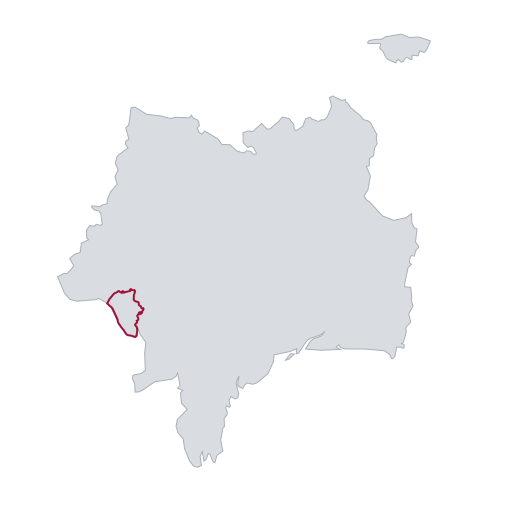 location of Seine-Maritime within France, rotated 263°
{"feature_id": "FRA-5343", "entity_name": "Seine-Maritime", "entity_type": "Metropolitan department", "adm_level": 1, "iso_a3": "FRA", "parent_name": "France", "parent_adm1": "", "projection": "mercator", "projection_center": [1.134, 49.661], "detail": "fine", "context": "in_parent", "style": "outline", "palette": "rose", "viewbox_px": 512, "rotation_deg": 263, "n_neighbors": 0, "source": "natural_earth", "source_scale": "10m", "svg_char_len": 5262}
<svg xmlns="http://www.w3.org/2000/svg" viewBox="0 0 512 512"><g transform="rotate(263 256 256)"><path d="M403.7,208.9L400.3,210.8L398.2,214.6L396.0,215.5L392.1,215.6L390.2,213.2L385.4,214.7L383.5,217.2L386.3,220.2L376.9,232.5L370.9,235.7L369.6,243.7L362.6,249.7L359.9,255.9L359.7,257.2L361.5,259.2L360.7,263.3L357.2,265.9L357.2,268.5L358.2,268.9L363.7,266.8L365.7,264.4L364.7,261.1L370.2,257.1L380.0,258.1L381.1,263.5L379.9,268.0L386.9,277.7L380.8,282.2L380.4,285.2L386.7,294.9L390.7,299.0L388.5,305.4L381.9,309.6L377.6,309.3L375.8,310.3L376.0,312.3L378.9,318.2L386.1,322.0L387.2,326.4L385.2,327.9L381.9,334.6L383.3,337.8L382.8,339.3L383.5,341.5L385.4,343.7L395.3,349.3L404.3,348.2L405.5,351.5L400.0,360.0L400.3,363.9L397.5,363.9L397.0,365.3L391.5,368.1L382.5,376.7L378.3,379.2L376.6,383.6L374.2,386.0L361.3,390.9L358.9,389.8L352.6,389.9L348.7,386.8L341.2,384.9L338.8,380.4L331.8,379.5L331.4,376.5L321.6,379.3L307.8,375.1L302.9,370.7L298.9,371.9L295.3,375.8L280.5,386.2L274.6,397.0L275.7,409.5L279.1,415.6L270.1,414.7L264.7,416.5L263.3,419.1L250.5,416.0L245.8,418.6L244.5,418.4L242.8,415.8L236.5,412.9L237.5,410.8L236.6,409.0L230.7,407.5L228.7,409.3L226.4,405.7L209.9,400.0L207.2,400.1L206.1,405.7L195.5,405.6L194.0,404.6L187.1,405.7L179.8,400.5L171.7,401.5L166.7,396.1L161.8,395.7L155.0,392.9L151.9,391.4L151.5,389.8L149.5,392.3L146.9,391.7L146.4,391.0L148.0,388.0L148.3,384.4L139.8,381.8L137.5,379.3L137.5,377.9L142.1,376.7L146.3,371.8L150.2,353.9L153.0,332.6L155.1,328.6L157.8,327.4L155.6,324.5L153.0,328.4L154.6,308.6L157.7,293.7L164.9,299.8L166.6,302.4L168.7,311.3L172.7,315.0L170.1,311.4L167.5,299.6L165.9,296.3L154.4,286.3L154.0,284.0L159.1,285.2L157.0,277.7L155.8,262.0L148.9,260.4L137.7,253.6L130.0,241.4L129.1,236.9L131.1,232.0L129.4,229.0L126.1,226.8L128.6,222.7L130.9,222.2L139.0,224.6L132.4,220.7L121.7,222.0L117.4,220.6L116.7,217.7L119.6,214.0L116.0,211.6L109.9,212.2L109.1,211.2L110.9,208.5L109.4,207.5L104.4,208.5L101.6,207.7L98.9,204.6L90.8,203.9L89.0,202.1L77.9,198.6L66.3,199.2L63.0,193.0L55.9,190.0L57.3,188.1L64.4,186.3L65.8,184.5L60.6,182.0L58.8,179.4L68.3,178.8L64.0,176.1L54.7,176.3L53.5,172.6L54.7,168.8L60.1,165.3L73.4,161.6L83.2,161.5L90.0,157.1L96.8,155.9L103.3,158.0L112.1,168.9L119.1,164.1L129.4,164.3L131.6,167.0L134.3,162.0L136.6,164.9L149.3,163.9L146.4,162.0L144.0,157.4L143.5,140.3L137.0,127.8L135.4,123.2L135.7,119.3L143.3,120.0L149.6,118.3L152.7,119.5L153.4,127.6L156.0,132.2L173.5,133.7L183.6,136.2L192.1,131.6L200.1,129.6L200.7,128.5L196.1,128.9L191.9,127.0L191.4,124.8L193.5,118.5L205.7,111.5L223.5,105.5L228.1,101.5L233.3,94.3L232.2,92.5L233.0,72.6L235.6,66.1L242.4,61.4L259.7,56.6L261.9,63.0L261.7,66.5L266.3,72.1L268.6,73.9L276.2,70.8L279.8,76.1L280.9,81.9L290.0,84.3L292.6,91.9L294.3,90.3L300.0,90.6L302.7,91.2L306.4,94.6L305.3,99.1L306.9,101.3L305.3,105.4L306.4,107.2L316.9,107.2L320.0,105.3L321.4,101.2L324.6,98.7L325.8,99.4L323.8,107.2L325.2,109.2L326.0,114.7L329.9,115.2L337.6,119.6L344.1,126.9L352.1,125.7L358.3,129.7L364.9,127.6L371.0,129.8L373.1,131.9L378.8,142.1L383.2,140.0L386.4,141.2L387.4,144.1L399.1,142.4L401.2,145.3L403.6,146.3L418.4,150.1L418.6,153.9L410.0,164.6L406.3,179.8L403.8,185.1L402.8,189.0L403.5,191.6L403.1,195.7L401.3,205.5L402.3,208.3L403.7,208.9ZM456.5,401.3L455.8,406.9L457.8,411.0L458.5,427.2L454.2,434.9L453.5,444.3L448.2,455.4L439.9,450.5L437.5,447.7L439.7,443.5L434.9,441.2L436.1,437.0L435.6,435.0L432.2,434.8L432.0,433.7L434.5,430.5L434.4,428.5L431.2,426.0L430.6,423.8L433.7,421.3L432.3,419.0L430.6,418.5L434.8,411.1L437.7,408.9L444.1,406.8L446.8,404.0L451.0,405.5L451.8,404.8L453.2,393.1L454.7,392.9L456.0,394.5L456.5,401.3ZM154.9,278.6L153.9,282.1L149.5,276.0L149.0,272.6L154.9,278.6Z" fill="#d9dde1" stroke="#a8b0b8" stroke-width="1"/><path d="M202.2,127.6L200.2,128.9L197.9,129.2L195.5,128.9L193.5,128.2L192.9,128.2L192.4,128.2L191.8,127.9L191.2,127.6L191.0,127.2L190.9,126.9L190.5,126.7L190.4,126.3L190.4,125.8L190.5,125.5L192.0,122.8L193.1,119.0L193.5,118.5L194.9,117.3L195.2,117.3L195.5,117.0L199.2,115.3L199.5,114.9L203.1,112.8L204.0,112.5L205.1,111.7L207.4,110.9L209.8,110.9L221.4,107.2L222.1,106.6L222.8,106.4L223.9,105.1L227.1,102.5L231.2,105.4L235.8,110.3L236.2,111.0L236.7,112.7L236.9,113.3L237.5,114.3L237.8,114.9L237.9,115.2L237.9,115.7L237.7,116.0L237.2,116.3L236.9,116.6L235.9,118.2L235.8,118.7L235.8,119.1L236.1,119.1L236.4,119.0L236.7,118.9L236.9,118.8L237.2,118.9L237.3,119.2L237.2,119.6L236.9,120.2L236.6,120.4L236.0,120.7L235.8,121.0L236.1,121.5L236.2,121.8L236.2,122.6L236.3,124.0L236.4,124.4L236.5,124.9L236.6,126.4L236.7,126.9L236.9,127.2L237.1,127.2L237.3,127.1L237.5,127.0L237.8,126.9L238.1,127.0L238.3,127.4L238.3,127.8L238.1,128.3L237.9,128.5L237.7,128.6L237.4,128.9L237.2,129.5L237.0,130.1L236.8,130.6L236.9,131.2L235.7,131.7L231.8,130.0L227.7,129.3L226.5,129.9L225.7,130.9L224.5,133.6L224.1,133.9L222.0,133.8L221.4,134.0L220.8,134.5L220.4,135.2L220.2,135.5L218.3,136.0L217.9,136.4L217.6,137.0L217.8,137.7L217.2,137.9L216.7,137.8L216.2,137.5L215.7,136.9L214.8,136.3L213.8,136.0L213.0,135.4L212.6,134.1L214.3,134.4L214.3,133.4L213.9,132.9L212.8,132.4L211.4,131.0L211.0,130.8L208.3,131.6L207.0,131.3L206.2,129.7L205.7,129.9L205.0,130.0L204.5,129.8L203.5,128.5L203.0,127.9L202.6,127.7L202.2,127.6Z" fill="none" stroke="#9f1239" stroke-width="2"/></g></svg>